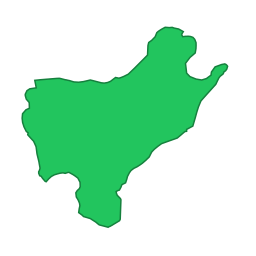 the district of Safita, Tartus, Syria, rotated 355°
{"feature_id": "27442178B1888341304206", "entity_name": "Safita", "entity_type": "district", "adm_level": 2, "iso_a3": "SYR", "parent_name": "Syria", "parent_adm1": "Tartus", "projection": "orthographic", "projection_center": [36.162, 34.812], "detail": "fine", "context": "isolated", "style": "filled", "palette": "green", "viewbox_px": 256, "rotation_deg": 355, "n_neighbors": 0, "source": "geoboundaries", "source_scale": "gbopen_adm2", "svg_char_len": 2471}
<svg xmlns="http://www.w3.org/2000/svg" viewBox="0 0 256 256"><g transform="rotate(355 128 128)"><path d="M202.2,45.5L200.6,43.4L200.0,43.1L198.2,42.3L196.3,41.9L193.1,41.7L190.5,41.8L189.7,40.2L189.9,38.9L191.5,36.8L187.1,33.8L182.5,32.4L180.8,31.6L177.9,31.6L173.8,30.9L169.9,32.6L166.7,34.3L165.2,35.4L165.0,35.6L163.0,39.5L159.3,42.7L156.1,44.6L155.1,47.5L153.8,57.1L146.1,63.6L139.7,69.0L133.0,74.4L128.2,76.3L125.5,77.1L123.3,77.6L120.0,76.6L114.6,80.0L111.7,80.9L108.3,81.2L105.5,80.7L101.2,79.2L97.3,77.8L94.6,76.9L92.0,77.3L87.6,77.9L82.8,78.1L78.1,77.4L73.6,75.6L71.8,75.1L71.4,74.9L69.5,74.4L64.4,72.6L61.7,72.4L45.0,72.3L39.3,72.4L40.1,80.0L33.6,80.4L30.6,82.0L28.6,85.4L28.5,86.8L29.2,90.4L31.8,94.0L31.5,99.7L27.9,101.0L24.2,104.6L23.4,109.0L23.5,113.3L24.5,117.8L26.4,122.6L28.1,124.1L27.5,126.0L30.9,130.5L32.8,132.9L34.8,138.6L34.9,140.7L35.1,145.8L36.3,153.7L36.7,158.4L36.9,160.4L36.0,162.6L35.2,163.8L35.1,165.3L35.9,167.9L37.3,168.5L38.5,170.7L40.8,173.9L41.8,174.4L44.5,171.8L47.4,169.6L50.6,168.2L53.5,167.6L56.4,167.1L59.3,167.0L61.5,167.7L63.2,167.3L64.5,167.0L65.4,167.1L69.4,169.8L70.4,170.6L71.6,171.6L73.7,173.5L75.5,177.9L75.3,182.2L74.3,184.1L72.0,185.9L70.4,188.0L70.5,192.2L72.0,195.2L73.1,198.5L73.3,201.2L72.3,204.4L71.5,208.0L72.7,209.0L74.9,211.0L75.4,211.6L75.9,212.3L79.0,213.5L82.5,214.9L87.6,218.8L90.1,221.3L90.9,222.0L99.5,225.1L99.6,224.9L101.5,224.4L104.2,223.2L104.3,223.1L111.5,219.6L112.3,218.2L114.7,198.9L114.3,197.6L113.6,196.8L112.9,195.9L111.4,194.1L110.8,192.0L110.6,190.3L112.5,189.4L113.6,189.2L114.0,189.1L114.9,187.8L115.9,186.2L116.4,185.1L116.9,184.0L118.2,183.4L119.3,183.0L120.3,182.6L120.8,182.4L122.2,179.2L122.6,178.1L123.2,176.3L124.1,174.9L125.4,172.8L126.7,171.3L127.3,170.6L130.3,168.7L133.9,167.3L137.1,165.6L139.3,164.3L143.2,161.5L144.6,160.3L144.9,160.1L146.6,158.7L149.0,154.8L149.6,153.9L152.3,151.5L156.4,148.7L160.1,146.5L168.8,144.2L176.2,142.3L184.4,136.5L186.1,136.4L186.3,134.5L191.2,132.4L192.7,131.8L195.8,123.9L197.9,118.2L200.0,113.1L203.0,107.4L205.7,104.8L210.6,100.2L219.3,92.1L220.8,89.5L222.9,86.0L224.3,84.5L227.4,82.5L228.0,81.5L228.5,80.4L230.2,79.5L231.1,78.4L231.5,78.0L232.6,75.2L232.0,74.2L231.1,73.2L230.0,72.6L226.8,72.9L223.9,73.7L220.1,74.7L216.0,79.5L215.3,82.6L210.4,85.6L205.6,86.6L200.1,85.2L194.2,82.2L191.2,78.5L190.9,68.6L195.9,63.1L199.3,60.7L201.5,59.1L202.6,54.9L203.0,51.8L203.2,48.9L202.2,45.5Z" fill="#22c55e" stroke="#15803d" stroke-width="1.5"/></g></svg>